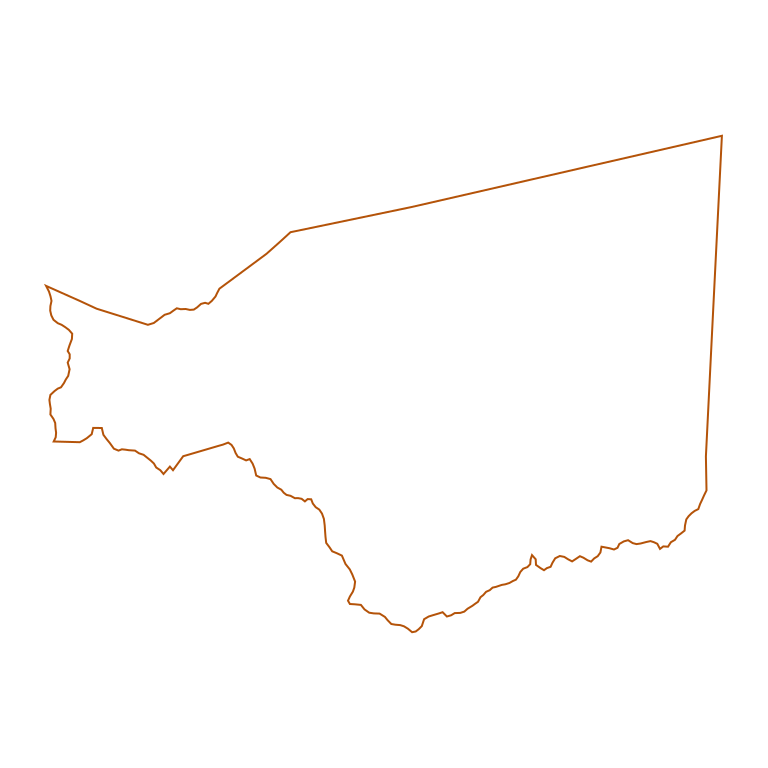 outline of Serra Dourada, Bahia, Brazil
{"feature_id": "56859067B90696169836223", "entity_name": "Serra Dourada", "entity_type": "district", "adm_level": 2, "iso_a3": "BRA", "parent_name": "Brazil", "parent_adm1": "Bahia", "projection": "equal_earth", "projection_center": [-43.899, -12.812], "detail": "fine", "context": "isolated", "style": "outline", "palette": "amber", "viewbox_px": 768, "rotation_deg": 0, "n_neighbors": 0, "source": "geoboundaries", "source_scale": "gbopen_adm2", "svg_char_len": 3034}
<svg xmlns="http://www.w3.org/2000/svg" viewBox="0 0 768 768"><path d="M53.7,441.5L79.8,442.2L83.2,440.4L86.8,438.2L91.7,434.2L93.2,427.9L101.8,428.0L103.4,434.8L106.6,439.1L109.8,443.0L113.9,448.7L118.5,450.6L121.9,449.3L125.6,449.7L128.8,450.2L135.0,450.6L139.0,453.3L143.6,454.8L147.2,457.7L150.7,460.5L153.9,463.5L156.2,467.5L160.3,470.2L163.5,474.0L169.9,466.6L173.0,470.2L183.2,456.2L186.4,455.3L218.4,445.9L223.0,444.6L228.2,442.6L231.5,444.9L233.8,448.4L235.6,453.0L237.8,456.7L241.8,458.4L246.1,460.4L249.7,459.1L252.6,463.6L254.6,468.6L256.2,475.5L260.4,477.5L265.7,477.8L270.5,479.1L273.7,483.9L277.3,487.5L281.3,489.7L283.7,492.7L286.5,494.9L290.5,495.8L294.9,498.2L298.0,498.1L301.6,498.8L304.9,501.4L307.6,499.1L311.2,499.3L312.8,503.5L315.7,507.2L319.3,509.6L322.0,513.6L323.9,518.9L324.7,525.5L325.1,531.6L325.5,536.9L326.2,542.9L329.6,547.4L332.2,551.3L336.8,553.2L341.9,555.6L345.5,564.0L349.8,569.4L352.3,574.5L355.1,581.6L354.3,587.6L352.9,591.6L349.9,596.5L348.0,600.7L349.9,604.0L354.8,604.3L360.9,604.9L364.5,609.4L369.2,612.7L373.8,613.4L379.6,613.6L384.9,616.9L387.6,620.2L391.3,624.0L395.3,624.7L400.2,625.1L404.0,626.3L407.9,628.7L412.1,632.2L415.7,631.5L418.7,629.2L421.8,626.1L424.1,619.2L428.7,616.5L432.6,615.3L439.0,613.4L442.6,612.2L446.9,616.5L451.1,615.3L454.7,613.1L460.3,612.9L464.3,611.6L467.6,608.7L472.4,605.8L475.1,603.8L478.0,601.8L480.5,597.2L483.2,595.1L486.1,591.8L489.7,590.2L492.6,587.6L495.9,586.9L501.8,584.9L505.3,584.3L509.4,583.0L512.9,581.0L515.9,579.7L518.3,576.3L520.3,572.0L523.2,568.7L527.4,567.1L530.2,564.2L530.6,559.4L532.0,555.1L535.7,559.3L536.0,564.9L540.5,568.1L544.0,570.2L546.9,568.1L550.6,566.8L552.5,562.7L555.2,558.3L559.8,556.0L564.3,556.9L568.1,559.3L572.1,561.4L576.2,558.7L579.9,556.2L583.4,557.7L587.6,560.3L591.1,561.6L594.2,558.4L597.7,556.2L600.4,552.5L601.5,546.7L609.4,548.2L614.0,549.5L617.5,547.8L619.3,544.0L623.8,541.4L628.1,540.2L632.7,543.1L636.5,544.1L640.6,543.5L646.3,542.0L650.5,541.1L653.9,542.2L657.3,543.8L660.0,548.9L663.3,546.4L668.0,546.7L670.9,542.2L675.0,539.8L677.5,536.0L680.8,533.6L684.6,530.6L685.0,525.5L686.3,519.4L688.6,516.2L691.5,513.3L694.7,510.9L698.3,509.1L700.1,504.0L702.0,500.0L704.1,495.3L706.5,490.4L705.9,456.4L713.3,307.4L721.9,135.8L586.4,166.9L531.5,179.5L411.2,207.1L290.5,232.2L280.0,241.8L266.5,253.8L223.2,285.9L219.4,288.7L217.1,293.1L215.5,296.5L211.8,300.9L208.4,303.8L205.1,302.8L201.0,303.9L197.1,307.4L193.8,309.6L189.9,309.9L185.7,309.0L180.7,309.2L176.8,308.3L173.3,310.7L169.9,313.2L164.6,314.8L153.8,323.0L147.9,324.8L96.6,308.7L80.4,301.2L46.1,285.9L49.0,291.6L50.5,296.3L51.5,300.9L50.4,306.1L50.2,310.6L51.3,315.4L53.5,319.8L57.8,323.2L61.6,324.8L65.0,327.0L68.9,329.9L72.2,333.7L71.9,339.0L69.5,345.4L67.7,351.0L69.7,354.3L69.7,358.4L67.7,362.6L69.6,369.2L68.2,375.9L65.8,379.5L64.0,383.0L61.0,387.3L57.8,388.6L54.6,391.0L50.4,394.9L49.4,399.9L49.9,403.9L50.7,408.7L50.4,414.5L53.5,419.0L55.2,423.0L55.5,428.1L56.1,432.8L55.7,437.3L53.7,441.5Z" fill="none" stroke="#b45309" stroke-width="2"/></svg>